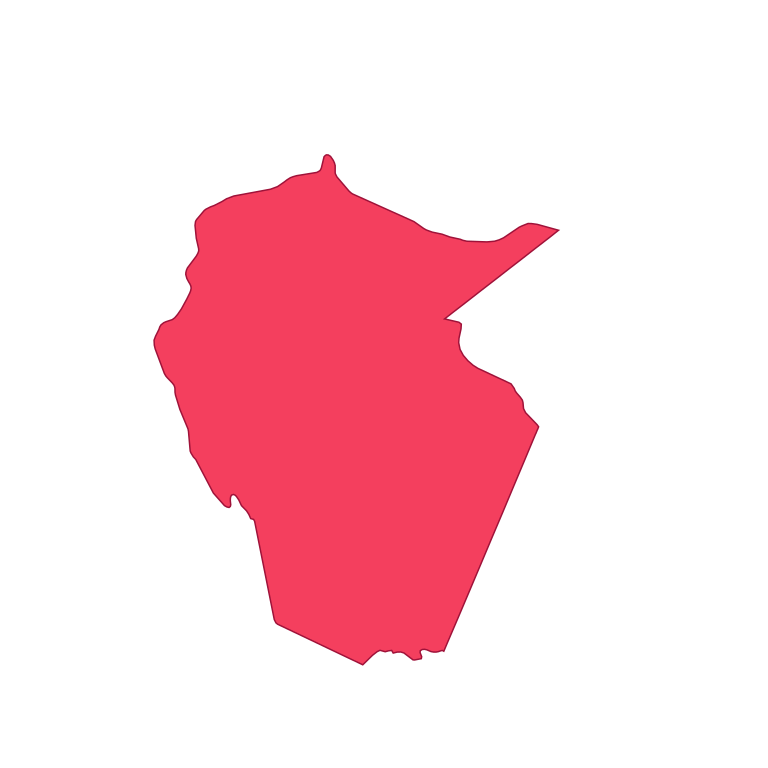 the Department of Madre de Dios, rotated 52°
{"feature_id": "PER-572", "entity_name": "Madre de Dios", "entity_type": "Department", "adm_level": 1, "iso_a3": "PER", "parent_name": "Peru", "parent_adm1": "", "projection": "albers", "projection_center": [-70.763, -11.651], "detail": "fine", "context": "isolated", "style": "filled", "palette": "rose", "viewbox_px": 768, "rotation_deg": 52, "n_neighbors": 0, "source": "natural_earth", "source_scale": "10m", "svg_char_len": 2594}
<svg xmlns="http://www.w3.org/2000/svg" viewBox="0 0 768 768"><g transform="rotate(52 384 384)"><path d="M510.4,288.4L512.9,288.5L513.4,289.3L513.9,290.2L514.4,291.0L514.8,291.9L515.3,292.7L515.8,293.6L516.3,294.4L516.7,295.3L530.6,320.1L544.5,345.0L558.4,369.8L572.2,394.7L586.1,419.6L599.9,444.4L613.7,469.3L627.4,494.2L630.7,500.1L631.4,501.4L630.0,502.0L629.3,503.2L628.4,505.9L627.3,508.0L625.7,510.0L623.8,511.7L619.8,513.9L618.0,515.4L616.7,517.4L616.5,519.6L617.8,520.9L622.1,522.2L623.4,523.7L620.3,529.8L619.2,531.0L608.2,533.9L605.5,535.8L603.4,538.6L601.7,542.4L598.7,542.0L597.1,544.6L595.7,547.9L591.4,551.1L590.7,554.2L590.7,560.1L592.2,573.6L507.9,615.7L505.7,616.2L502.1,615.5L412.6,570.5L410.4,570.1L408.0,571.9L403.6,570.8L399.3,570.4L392.1,571.2L385.9,569.8L381.7,569.5L379.8,569.8L378.4,570.6L377.7,572.5L378.4,574.2L379.8,575.7L381.4,577.0L384.8,579.1L385.9,580.5L385.9,582.1L384.2,583.5L381.6,584.6L364.9,585.6L327.6,578.8L324.0,579.1L319.6,578.6L317.5,578.0L300.9,567.2L298.7,566.1L278.4,560.5L264.3,555.1L261.9,553.8L258.7,551.4L257.2,550.7L255.4,550.2L252.7,550.2L245.8,550.9L243.4,551.0L240.5,550.6L215.5,542.7L212.0,541.1L207.9,538.2L205.7,534.6L202.4,527.7L201.0,525.6L200.1,523.3L200.1,519.8L200.7,517.4L202.9,511.3L203.0,508.2L202.1,503.8L200.1,497.4L195.6,487.0L192.6,480.8L191.5,479.0L189.9,477.1L188.5,476.2L187.2,475.7L185.4,475.3L183.5,475.1L179.5,474.4L175.7,472.8L174.1,471.4L172.7,469.6L171.5,467.4L167.7,453.3L166.5,450.4L165.1,448.1L163.3,446.8L153.6,442.2L142.7,435.3L140.3,432.9L139.8,432.3L139.5,431.6L139.0,430.3L136.6,418.8L136.6,416.8L137.6,411.7L138.8,407.9L140.5,399.3L141.1,394.0L143.4,386.6L160.6,353.6L162.9,346.4L163.4,338.0L163.4,337.9L163.4,334.8L163.8,330.8L164.7,327.9L166.1,324.5L175.9,306.7L176.3,304.5L176.4,302.8L175.3,300.5L168.0,291.3L167.8,289.7L167.9,288.4L169.2,286.9L171.7,286.0L176.6,286.3L179.4,287.0L181.8,288.0L187.3,292.3L188.4,292.9L191.8,293.6L210.5,292.8L213.6,292.2L215.0,291.7L274.5,260.4L286.1,256.9L288.7,255.8L294.0,252.5L301.7,246.0L308.6,241.7L316.9,234.8L319.3,233.4L322.5,230.8L335.4,215.4L339.6,208.9L341.3,204.5L342.4,199.8L343.7,180.9L344.4,177.8L346.2,171.7L348.3,169.1L352.5,165.0L370.3,151.8L370.4,163.1L370.3,180.6L370.3,198.0L370.2,215.4L370.2,232.8L370.1,250.3L370.1,267.7L370.0,285.1L370.0,296.2L381.5,286.9L384.4,286.2L388.0,289.4L394.0,296.6L397.4,299.7L403.6,302.8L410.3,303.9L417.3,303.6L424.0,302.3L429.4,300.4L462.1,283.8L467.7,284.1L470.3,284.9L472.9,285.0L478.3,284.7L481.9,284.9L484.2,285.9L489.3,289.2L493.8,290.1L510.4,288.4Z" fill="#f43f5e" stroke="#9f1239" stroke-width="1.5"/></g></svg>